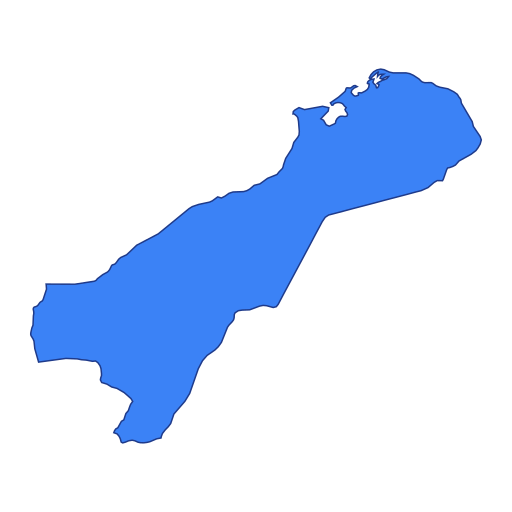 the Department of La Guajira
{"feature_id": "COL-1318", "entity_name": "La Guajira", "entity_type": "Department", "adm_level": 1, "iso_a3": "COL", "parent_name": "Colombia", "parent_adm1": "", "projection": "orthographic", "projection_center": [-72.284, 11.434], "detail": "fine", "context": "isolated", "style": "filled", "palette": "blue", "viewbox_px": 512, "rotation_deg": 0, "n_neighbors": 0, "source": "natural_earth", "source_scale": "10m", "svg_char_len": 3901}
<svg xmlns="http://www.w3.org/2000/svg" viewBox="0 0 512 512"><path d="M442.5,180.7L437.2,180.6L434.1,182.4L428.0,187.6L421.0,190.7L416.2,191.9L405.8,194.7L395.5,197.4L385.1,200.1L374.7,202.9L364.4,205.6L354.0,208.3L343.6,211.1L333.3,213.8L328.7,215.0L325.2,217.3L322.2,221.7L320.4,225.1L315.1,235.0L309.9,244.9L304.6,254.8L299.3,264.7L294.0,274.6L288.7,284.5L283.4,294.4L278.2,304.3L276.3,306.7L273.2,307.5L266.6,305.7L263.1,305.4L259.6,306.1L249.7,309.8L242.1,310.1L238.3,310.7L235.1,312.8L234.3,314.5L234.1,317.9L233.6,319.7L232.3,321.6L228.9,325.2L227.5,327.2L221.4,342.4L218.2,346.8L214.9,350.0L207.1,355.4L202.5,360.7L198.3,368.7L189.7,393.4L184.9,401.3L173.9,414.0L170.7,423.5L168.2,426.8L165.2,429.9L162.4,433.5L161.1,437.1L161.1,437.9L160.9,438.0L156.7,438.8L149.9,441.7L147.0,442.4L143.7,442.8L140.5,442.7L138.0,442.2L134.9,440.8L132.2,440.2L128.6,440.8L125.5,442.1L122.7,442.9L121.2,442.1L120.3,438.8L119.1,436.3L117.1,433.9L113.8,432.7L114.6,430.6L115.8,428.9L117.8,427.8L121.4,421.3L123.8,419.9L125.9,413.5L128.3,410.7L129.8,406.4L130.7,404.2L132.7,401.4L130.9,398.5L124.2,392.6L117.0,388.4L111.7,387.0L106.9,384.1L101.7,382.5L100.4,379.9L100.7,378.0L101.5,375.6L101.5,373.6L101.0,368.7L100.0,365.7L97.9,362.7L95.6,361.0L92.5,361.3L86.3,360.1L81.3,359.7L77.4,358.9L65.9,358.4L38.6,362.1L34.8,348.7L34.0,341.2L33.1,339.0L31.0,335.6L30.7,334.1L30.9,332.3L31.9,327.9L33.0,325.2L33.4,315.8L33.8,313.5L33.7,311.6L33.2,309.0L33.5,307.9L34.2,307.1L35.8,306.6L36.9,306.1L37.8,305.4L40.0,302.4L40.8,301.8L42.2,301.0L43.1,299.6L46.5,289.2L46.2,284.7L46.1,284.1L75.0,284.2L94.5,281.2L96.3,280.2L97.4,278.7L102.8,274.6L107.4,272.1L108.3,271.3L109.6,269.7L111.7,265.4L112.6,264.8L114.7,264.2L116.2,262.7L118.7,259.2L120.7,257.5L126.6,254.8L136.7,245.2L158.2,233.9L189.1,208.6L192.3,206.6L198.8,204.4L209.6,202.1L212.4,200.8L217.7,196.9L221.4,198.0L225.1,196.1L229.0,193.3L233.0,192.0L243.6,191.6L246.8,190.7L249.7,189.1L254.2,185.3L259.9,183.9L267.6,178.3L277.0,174.5L279.2,171.7L282.5,168.4L283.2,166.5L283.5,164.9L285.7,158.4L292.0,148.5L293.8,142.4L297.8,137.2L299.0,135.0L299.3,131.5L298.5,121.3L297.8,117.6L296.8,116.2L295.1,114.7L293.6,113.8L293.0,113.9L293.3,111.5L294.9,110.0L299.0,107.6L304.5,109.6L322.6,106.3L328.8,107.7L328.2,111.1L320.8,118.8L323.5,120.2L326.2,124.8L329.3,126.2L334.5,123.8L335.4,123.2L335.9,120.8L337.0,118.8L338.6,117.2L340.2,116.3L342.5,116.2L344.9,116.5L346.8,116.2L347.6,114.5L346.9,112.6L345.6,111.0L345.0,109.4L346.2,107.6L344.5,106.1L343.5,104.8L342.4,103.6L340.2,102.7L337.9,102.5L335.7,102.9L333.9,103.8L332.9,105.2L331.8,105.2L330.4,102.8L338.5,97.2L345.0,91.5L345.4,90.7L346.2,88.3L346.9,87.8L350.0,88.0L350.9,87.8L353.6,85.8L355.1,85.5L357.2,86.6L354.0,88.1L351.7,90.3L351.2,92.7L353.5,95.3L354.7,96.0L355.7,96.1L358.3,95.3L358.5,94.8L358.3,93.9L358.2,93.1L358.9,92.7L361.4,92.9L362.0,92.7L365.3,91.0L367.4,89.4L368.7,87.3L369.2,84.1L368.8,83.8L367.8,83.7L367.3,83.2L367.9,81.6L369.1,80.5L370.7,79.6L372.4,79.2L374.0,79.0L372.9,82.2L374.0,83.8L375.7,85.2L376.5,87.8L377.6,87.7L378.0,87.1L378.7,85.8L379.0,84.6L378.2,84.1L377.0,83.6L377.9,82.7L379.4,81.8L380.1,81.6L382.1,80.4L384.6,79.6L386.9,78.6L388.6,76.5L386.4,76.8L384.6,77.6L383.1,78.6L381.9,79.0L380.1,78.4L380.4,77.0L381.9,75.4L383.7,74.2L381.7,74.2L379.9,74.5L378.5,75.3L377.5,76.5L377.8,73.6L378.1,72.6L378.8,71.6L376.5,73.1L371.9,77.2L370.3,79.0L369.2,77.9L371.0,74.6L373.6,71.8L376.9,69.9L380.7,69.1L384.1,69.7L389.4,72.1L393.3,72.9L406.1,72.9L409.7,73.6L413.4,75.3L418.9,78.9L421.3,81.3L422.5,82.1L424.8,82.7L431.1,82.6L432.7,83.3L436.2,85.9L439.8,87.2L447.9,88.8L453.8,91.8L457.3,94.3L459.2,97.4L460.0,98.3L460.8,99.8L461.4,103.2L472.2,121.6L473.4,126.5L480.1,136.4L481.3,139.9L480.2,144.0L478.0,147.8L475.9,150.6L471.2,154.2L459.0,161.0L455.5,165.0L452.9,166.4L449.9,167.5L447.6,168.0L446.7,169.6L443.3,179.3L442.5,180.7L442.5,180.7Z" fill="#3b82f6" stroke="#1e3a8a" stroke-width="1.5"/></svg>